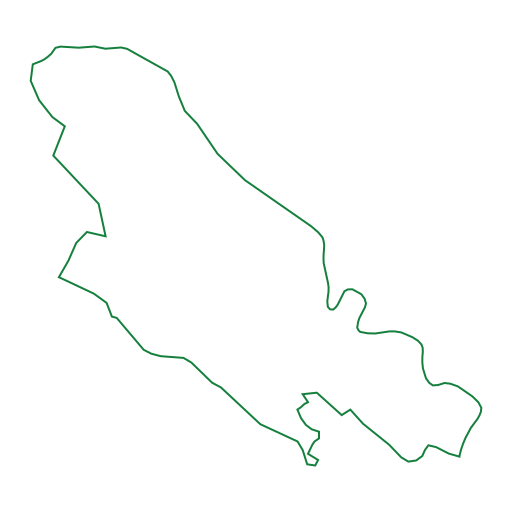 an SVG outline of La Spezia
{"feature_id": "ITA-5370", "entity_name": "La Spezia", "entity_type": "Province", "adm_level": 1, "iso_a3": "ITA", "parent_name": "Italy", "parent_adm1": "", "projection": "albers", "projection_center": [9.818, 44.235], "detail": "fine", "context": "isolated", "style": "outline", "palette": "green", "viewbox_px": 512, "rotation_deg": 0, "n_neighbors": 0, "source": "natural_earth", "source_scale": "10m", "svg_char_len": 1746}
<svg xmlns="http://www.w3.org/2000/svg" viewBox="0 0 512 512"><path d="M459.4,456.6L448.8,453.6L436.1,447.1L428.4,445.3L425.0,449.9L422.3,456.0L416.1,460.5L408.4,461.6L401.3,457.4L389.1,444.7L363.0,423.7L350.3,409.6L341.7,415.1L316.8,392.7L302.7,394.2L308.0,402.2L304.4,404.0L300.8,407.3L297.4,409.6L301.1,418.3L305.9,424.9L311.7,429.3L319.0,431.7L319.0,438.4L314.5,441.5L312.3,444.8L308.0,453.8L318.1,460.0L315.2,465.5L307.2,464.3L302.7,450.1L297.6,441.5L260.3,424.2L220.9,387.4L212.2,382.8L191.3,362.5L183.5,357.9L160.8,356.2L151.3,353.7L143.7,349.8L116.7,317.9L111.9,316.6L106.6,302.9L93.8,293.6L58.9,277.2L68.5,260.5L76.2,243.0L86.9,232.0L105.6,236.3L98.6,203.8L53.3,155.6L64.8,126.3L52.4,117.1L39.1,100.2L30.7,80.8L32.8,64.3L41.2,61.0L44.3,59.4L47.7,56.9L51.2,53.8L55.5,47.8L60.6,46.6L78.8,47.7L94.4,46.5L105.4,48.7L121.1,47.5L127.0,48.8L167.7,71.5L171.1,75.8L174.4,82.3L178.8,96.3L184.8,110.9L197.2,123.9L217.6,153.9L245.0,180.2L311.5,226.5L318.2,232.3L322.5,237.4L323.6,240.9L324.2,245.0L324.0,249.6L323.6,254.2L323.5,258.7L323.7,263.2L328.1,283.4L328.6,287.5L328.5,291.9L327.3,301.1L327.8,306.7L330.0,309.3L333.1,309.6L335.6,307.5L337.7,304.7L344.4,291.3L347.8,289.4L352.4,289.3L361.3,294.2L364.6,298.7L366.0,303.5L364.9,307.4L359.4,318.0L358.1,322.0L357.2,327.7L358.6,330.4L360.2,331.9L367.7,333.3L375.2,333.5L389.4,331.4L394.9,331.4L401.5,332.5L412.4,337.2L417.9,340.7L421.4,344.4L422.7,347.9L422.8,352.1L422.4,356.4L422.3,361.9L422.9,368.3L426.0,378.3L429.3,382.9L432.9,385.4L438.2,385.0L444.5,383.0L450.3,383.7L457.9,386.4L472.4,396.4L478.4,402.3L481.3,407.8L480.9,411.8L479.5,415.3L477.7,418.6L470.9,427.8L465.4,438.1L463.0,443.9L461.0,449.8L459.7,455.0L459.4,456.4L459.4,456.6Z" fill="none" stroke="#15803d" stroke-width="2"/></svg>